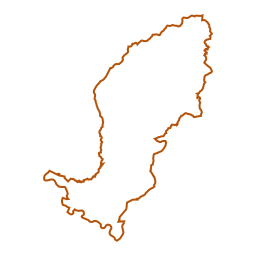 outline of Tautii Magheraus, Maramures, Romania
{"feature_id": "2599482B35986305361226", "entity_name": "Tautii Magheraus", "entity_type": "district", "adm_level": 2, "iso_a3": "ROU", "parent_name": "Romania", "parent_adm1": "Maramures", "projection": "orthographic", "projection_center": [23.49, 47.714], "detail": "fine", "context": "isolated", "style": "outline", "palette": "amber", "viewbox_px": 256, "rotation_deg": 0, "n_neighbors": 0, "source": "geoboundaries", "source_scale": "gbopen_adm2", "svg_char_len": 5805}
<svg xmlns="http://www.w3.org/2000/svg" viewBox="0 0 256 256"><path d="M78.6,210.9L81.5,210.5L82.4,210.7L83.4,211.4L83.8,212.3L83.9,214.2L83.5,215.0L82.0,215.9L81.7,216.4L81.8,217.1L82.4,217.6L88.4,220.1L88.8,220.5L89.4,221.4L90.7,221.9L92.9,221.8L93.8,221.1L94.7,220.9L96.9,221.3L99.1,222.7L100.7,224.3L100.9,225.3L100.7,226.3L101.3,227.5L102.2,228.1L103.2,228.2L104.4,227.9L105.0,227.2L106.0,225.6L107.2,224.8L108.5,224.7L109.9,225.1L110.9,226.4L111.4,227.7L111.2,228.8L110.2,230.3L109.6,232.3L109.7,233.6L110.3,234.9L113.7,237.0L114.6,238.0L115.2,239.6L116.6,240.6L117.1,240.6L120.1,238.5L123.0,234.0L123.4,232.6L123.1,230.5L122.3,227.5L122.2,226.3L122.6,224.9L123.8,223.3L123.6,222.0L124.0,221.3L118.5,221.7L119.2,220.5L118.9,220.5L119.8,217.2L119.7,217.0L126.1,209.4L126.5,207.9L127.0,202.6L132.2,199.9L133.2,199.6L137.1,199.6L136.8,199.1L136.8,198.8L138.9,198.5L140.3,197.0L144.8,194.7L145.8,193.1L148.9,190.0L151.2,188.5L152.6,187.9L154.4,186.6L154.0,185.2L155.1,183.3L155.4,182.1L155.2,181.5L155.3,180.4L155.0,179.7L154.8,178.5L154.1,177.1L154.3,176.8L154.2,176.5L153.3,175.9L152.5,174.0L151.9,173.6L151.2,172.0L150.3,171.2L150.6,170.6L150.5,170.1L151.0,169.5L150.8,168.7L151.2,166.9L151.1,165.4L152.3,164.6L152.7,164.6L153.0,163.6L153.2,162.1L153.4,161.7L153.5,160.4L153.2,158.4L153.7,154.8L154.2,154.0L156.8,153.2L161.7,151.0L163.4,149.1L165.4,145.9L165.6,145.4L165.8,143.5L166.2,142.7L165.4,141.0L163.1,141.0L161.8,141.4L160.9,142.0L159.5,142.1L157.9,141.1L157.2,141.0L154.9,138.8L157.3,137.9L158.5,137.1L159.4,137.1L161.3,136.4L163.5,136.2L165.0,133.7L165.6,133.2L166.2,133.1L166.0,132.3L166.1,131.2L166.4,130.7L167.9,129.4L168.3,128.2L170.3,128.0L170.9,126.7L170.8,126.0L171.6,125.5L171.9,124.7L172.6,124.6L174.6,125.0L176.2,124.8L176.6,124.0L176.9,123.9L177.1,124.0L177.2,124.6L177.7,123.8L177.4,123.2L177.7,122.0L178.3,121.3L179.3,119.5L179.3,118.4L180.8,116.7L181.3,115.7L182.4,115.6L184.8,113.5L185.5,113.2L186.5,113.3L187.8,114.0L188.6,113.9L189.5,114.3L190.6,114.4L191.7,115.3L192.6,115.4L193.9,117.1L200.8,115.9L200.7,115.4L201.1,114.9L201.2,113.9L201.8,112.5L201.8,111.8L200.8,109.6L199.9,108.7L199.5,106.1L199.7,103.8L200.2,102.7L199.3,101.0L199.2,100.1L200.1,98.9L200.1,98.3L199.9,97.8L199.6,97.8L198.5,96.7L197.9,97.1L197.6,98.0L197.4,98.1L197.2,97.6L197.8,95.8L197.6,95.5L197.6,95.1L197.9,94.6L197.7,94.3L197.6,93.9L197.2,93.6L198.9,93.2L200.0,91.4L201.6,90.3L202.9,88.5L203.1,87.3L203.6,86.0L203.9,84.1L205.3,82.3L204.3,81.3L204.2,79.5L204.4,77.4L204.8,76.0L205.9,75.1L207.7,74.5L208.4,73.8L211.3,72.4L211.6,72.1L211.9,71.4L211.3,69.6L210.0,67.5L208.0,66.1L204.3,62.7L206.3,59.3L205.8,56.7L205.6,56.3L204.3,55.4L204.4,55.2L204.9,55.1L204.9,54.0L206.7,53.6L206.6,53.0L206.7,52.5L205.8,52.3L205.5,51.5L204.5,50.6L204.5,50.2L205.5,49.7L205.7,49.0L206.3,49.0L207.1,49.6L207.7,49.4L207.7,48.3L208.8,47.2L208.2,46.9L208.0,46.3L207.1,46.4L206.4,45.9L206.2,44.4L205.0,43.3L204.6,42.5L204.8,41.3L205.6,40.4L207.2,39.5L210.3,38.9L210.5,36.8L209.8,35.9L211.9,33.7L210.0,31.3L210.4,29.8L210.0,28.2L209.2,26.9L209.3,25.1L209.1,24.4L208.2,23.7L207.8,22.6L205.1,20.3L203.7,20.0L202.1,20.3L202.5,15.4L201.3,15.9L199.2,15.9L196.3,15.6L195.1,15.9L194.7,16.5L193.7,15.9L191.3,15.7L189.4,17.1L187.5,18.0L183.4,17.6L182.3,18.9L182.3,20.2L182.5,20.8L182.1,23.3L180.4,25.7L179.4,25.9L179.0,26.4L177.8,26.3L176.5,25.7L175.8,25.8L172.3,25.0L170.9,25.8L169.7,26.0L167.3,25.6L166.5,26.5L165.7,28.2L164.7,28.8L163.5,30.8L161.8,31.7L160.7,33.3L160.3,34.4L159.6,35.1L158.9,35.2L158.1,34.7L156.3,34.4L152.6,34.8L151.9,36.5L150.8,37.4L149.7,38.8L148.3,39.6L147.9,40.3L147.2,40.7L145.8,41.1L144.0,41.2L142.7,40.6L141.4,40.6L138.5,43.1L137.4,44.4L137.1,43.5L135.8,42.8L133.7,43.7L132.5,43.7L132.3,44.0L132.4,44.7L131.3,46.1L130.1,46.6L128.4,46.5L128.4,47.1L127.7,49.9L128.1,51.0L128.1,51.9L127.1,53.2L124.5,55.1L123.0,56.9L122.6,57.5L122.6,58.0L123.0,59.6L121.7,61.9L119.0,64.1L116.7,64.0L115.2,64.3L113.6,65.8L112.8,67.3L110.9,68.3L110.3,68.1L106.2,76.3L103.8,79.2L102.9,80.0L100.6,81.1L99.4,82.7L96.8,85.5L95.3,88.0L93.9,90.6L93.8,92.4L95.1,94.6L95.1,96.0L94.6,98.4L94.6,99.1L95.7,100.7L95.6,102.0L96.4,103.7L96.6,105.2L98.1,109.3L99.5,111.5L100.1,114.4L100.1,115.9L101.7,117.1L102.6,118.7L102.8,120.8L103.2,121.7L102.5,125.4L102.7,126.1L102.6,126.9L101.8,127.2L101.2,127.9L101.0,129.1L99.7,131.0L99.3,132.0L99.6,133.3L100.1,133.9L100.2,136.1L100.9,136.1L101.4,136.5L101.7,137.7L101.7,138.2L100.9,139.1L100.7,140.4L102.2,142.0L102.2,142.4L101.2,143.5L101.3,145.1L100.6,147.3L100.9,149.3L101.3,150.2L100.7,151.5L100.9,152.5L99.2,152.8L99.0,153.0L98.8,153.7L99.4,155.1L99.4,156.1L100.6,156.6L101.6,158.3L102.7,159.1L102.5,159.8L101.3,161.3L100.9,163.3L101.0,164.2L103.1,163.7L101.7,165.6L100.4,166.4L100.7,166.9L100.4,167.9L99.6,168.2L98.5,169.5L98.8,170.5L98.6,171.9L97.9,172.7L96.1,173.8L95.2,176.2L94.7,175.6L93.7,177.0L93.1,176.6L91.4,179.3L89.4,179.3L88.5,179.6L87.3,178.7L85.9,179.7L84.8,179.7L84.0,180.0L83.6,180.5L83.8,181.6L83.2,181.7L82.3,181.4L81.2,182.3L80.8,182.1L80.3,181.3L80.0,181.3L79.7,182.0L79.3,181.9L79.0,181.5L78.9,180.7L78.2,180.9L77.5,182.0L77.3,181.9L77.3,181.5L76.5,181.3L75.8,180.5L75.2,180.5L74.3,179.5L73.5,179.4L73.1,179.0L72.0,179.0L70.8,178.7L68.1,181.4L64.6,178.0L64.6,176.5L59.4,175.5L59.3,173.9L58.0,173.9L58.1,175.0L49.5,170.8L48.7,172.0L45.6,174.5L44.7,175.6L44.1,177.4L44.2,179.4L44.5,179.9L45.1,180.4L47.0,180.5L51.5,179.4L53.3,179.7L54.4,180.5L55.1,181.5L56.6,184.6L59.0,186.6L61.6,187.0L64.7,187.0L65.3,187.4L67.2,191.8L67.6,193.3L67.6,194.3L66.8,195.6L66.9,196.6L67.5,198.1L68.3,199.0L67.0,199.2L62.7,197.9L62.0,200.5L62.0,202.1L62.7,204.5L63.1,205.0L65.3,205.6L66.5,206.2L67.3,207.0L69.3,207.7L68.6,209.8L67.4,212.1L70.2,214.1L71.5,214.4L72.2,214.2L73.3,213.2L73.4,212.5L73.1,211.3L74.8,209.4L75.5,210.1L78.6,210.9Z" fill="none" stroke="#b45309" stroke-width="2"/></svg>